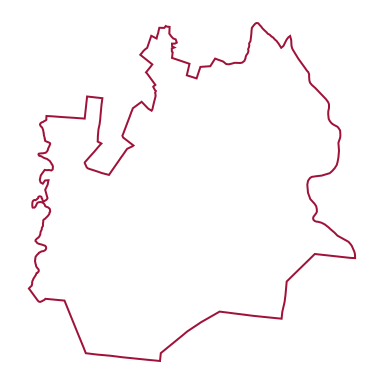 Frontera Hidalgo, Chiapas, Mexico
{"feature_id": "50627088B52793228533805", "entity_name": "Frontera Hidalgo", "entity_type": "district", "adm_level": 2, "iso_a3": "MEX", "parent_name": "Mexico", "parent_adm1": "Chiapas", "projection": "mercator", "projection_center": [-92.233, 14.753], "detail": "fine", "context": "isolated", "style": "outline", "palette": "rose", "viewbox_px": 384, "rotation_deg": 0, "n_neighbors": 0, "source": "geoboundaries", "source_scale": "gbopen_adm2", "svg_char_len": 5712}
<svg xmlns="http://www.w3.org/2000/svg" viewBox="0 0 384 384"><path d="M46.5,116.0L46.3,118.3L46.4,118.9L46.4,119.6L46.1,120.1L45.4,120.5L43.8,121.4L43.1,121.9L41.8,122.4L41.2,122.7L40.4,123.5L40.0,124.3L40.1,124.8L40.4,125.7L40.8,126.1L41.0,126.5L42.0,127.4L42.3,127.9L42.6,128.6L42.8,129.2L43.1,129.8L43.2,130.3L43.3,131.1L43.4,131.8L43.7,132.6L43.6,133.1L43.9,134.1L43.8,134.8L43.9,135.3L44.6,137.6L44.6,138.1L44.7,138.7L45.0,139.0L44.9,139.6L45.1,140.8L45.5,141.1L46.6,141.5L47.0,141.8L47.9,142.1L48.4,142.3L48.8,142.5L49.3,142.7L49.7,142.9L50.0,143.2L50.2,143.6L50.2,144.0L49.9,144.5L49.8,145.0L49.3,146.2L48.8,147.1L48.2,148.5L47.9,149.6L47.5,150.7L47.1,151.3L46.2,152.3L45.7,152.7L45.1,152.9L44.3,153.0L43.6,153.2L40.8,153.4L39.8,153.5L38.8,153.7L38.5,154.1L38.5,154.5L38.8,155.3L39.3,155.8L39.9,155.9L41.3,156.3L41.9,156.6L42.4,156.9L43.5,157.7L43.9,157.8L44.3,158.0L44.9,158.2L45.8,158.6L46.3,158.7L46.7,158.8L47.1,159.0L47.8,159.5L48.4,160.0L49.0,160.4L49.3,160.6L49.7,160.9L50.1,161.4L50.3,161.8L50.6,162.2L51.3,163.2L51.5,163.8L51.8,164.3L52.3,164.7L52.5,165.5L52.9,166.2L52.7,169.4L51.4,170.5L48.9,170.0L46.7,170.2L44.7,169.9L40.8,175.4L39.8,179.8L40.6,182.5L42.8,183.7L45.0,180.5L48.5,180.2L47.6,184.8L45.2,189.8L47.5,198.2L47.4,198.6L46.3,199.9L45.6,200.3L44.2,201.2L43.4,201.2L43.1,200.8L42.8,200.5L42.5,199.9L42.3,199.4L42.2,198.9L42.1,198.6L41.7,198.2L41.4,196.9L41.0,196.6L39.7,196.3L39.1,196.5L38.4,196.9L38.1,198.2L37.5,198.7L36.9,199.1L36.5,199.5L35.6,200.2L34.5,200.0L33.5,200.4L32.9,201.1L32.6,201.8L32.4,202.6L32.3,204.0L32.3,205.5L32.4,206.8L32.7,207.6L33.5,207.6L34.4,207.6L35.1,207.0L35.8,206.0L37.1,203.2L38.1,202.4L39.7,202.1L40.6,202.0L42.2,202.4L43.8,203.4L44.8,204.8L45.0,205.8L45.8,206.5L48.3,207.5L49.0,208.2L49.7,208.8L49.9,209.5L50.2,211.2L50.0,212.0L49.5,212.4L49.4,213.8L48.6,215.0L47.7,216.1L45.2,218.6L44.6,219.1L43.8,219.5L43.2,220.5L43.3,221.6L43.1,222.6L42.9,223.2L43.0,224.4L42.9,225.2L43.0,225.9L42.3,227.0L41.8,228.1L41.8,229.2L41.3,230.5L41.0,231.0L40.6,231.8L40.5,232.7L40.4,233.4L40.3,234.0L40.2,234.6L39.8,235.4L39.5,236.1L39.2,236.8L38.4,237.4L38.0,237.9L37.2,238.4L35.7,239.8L35.5,240.7L35.5,241.1L36.2,241.7L36.7,242.3L37.3,243.1L38.5,243.7L40.2,244.2L41.8,244.6L44.1,245.4L45.2,245.8L46.0,246.8L46.2,248.1L45.8,249.3L45.3,250.1L43.5,251.1L41.6,251.4L40.3,252.0L39.5,252.6L38.8,252.8L38.5,253.6L38.0,253.9L36.8,255.1L36.4,255.8L35.9,256.3L35.6,256.8L35.5,257.6L35.2,258.7L35.3,259.6L35.0,260.5L35.1,261.5L35.5,263.7L35.9,264.7L36.1,266.1L36.9,267.5L38.4,269.2L38.7,270.1L38.8,270.8L38.6,271.5L38.2,272.0L37.5,272.5L37.3,273.0L36.6,273.1L36.2,274.0L35.9,274.8L34.5,277.1L34.1,277.6L33.3,279.0L32.9,280.1L32.5,280.8L32.1,282.6L32.2,283.7L31.9,284.5L31.8,285.6L29.9,287.4L28.9,288.5L37.8,300.6L38.6,301.4L39.1,301.7L40.2,301.9L41.2,301.5L42.5,300.9L42.9,300.6L44.1,300.1L44.9,299.4L45.4,298.8L64.5,300.6L77.3,332.2L83.3,346.8L85.8,353.2L96.4,354.5L111.0,355.8L122.0,357.2L148.6,359.9L160.0,361.0L160.8,353.1L183.1,334.9L187.3,331.4L201.1,322.2L219.6,311.6L253.0,315.8L263.6,316.9L281.6,318.7L282.3,311.9L284.6,301.9L285.5,294.8L286.7,281.5L292.8,275.5L308.7,260.0L314.8,254.0L350.5,257.9L355.1,258.1L355.0,254.8L354.5,252.1L351.8,245.9L350.6,244.2L348.5,241.8L339.7,236.9L337.5,235.7L334.5,232.6L330.4,229.1L328.5,227.3L324.6,224.3L321.4,222.7L318.1,221.8L316.3,221.6L314.6,220.9L313.4,219.7L313.1,218.1L313.6,216.6L316.0,213.5L316.6,212.4L316.9,211.6L316.8,209.2L316.2,206.2L314.5,203.7L310.3,199.1L308.0,192.7L307.3,184.8L307.7,182.5L308.1,180.7L309.9,178.1L311.7,176.9L316.4,176.2L321.7,175.6L329.7,173.2L332.1,171.1L334.7,168.2L336.8,164.9L337.7,161.4L338.4,157.6L339.0,150.6L338.4,142.9L340.2,137.5L340.4,135.1L340.1,130.5L338.6,128.1L337.4,126.7L334.1,125.0L331.7,123.4L329.9,121.2L328.7,118.9L328.2,114.2L328.3,111.1L329.0,108.0L329.0,104.5L328.6,103.2L328.1,102.1L326.0,99.2L315.1,87.8L311.8,84.9L310.1,82.8L309.4,80.6L309.1,76.7L309.1,74.2L308.2,72.0L307.0,70.8L304.1,66.7L298.4,58.8L293.0,50.0L292.1,48.2L291.5,45.9L291.2,40.0L290.1,36.0L288.5,37.2L287.4,38.5L286.3,40.2L284.8,43.2L283.4,46.0L281.2,47.8L278.7,43.8L276.7,41.1L274.9,39.5L273.0,37.4L271.6,36.6L269.8,34.8L267.6,33.6L266.9,32.6L264.1,30.0L262.5,28.4L261.2,26.6L259.9,25.3L258.3,23.3L256.6,23.0L255.5,23.5L254.2,24.8L251.9,27.8L251.5,31.2L251.4,33.4L250.5,41.0L249.1,43.5L249.3,45.4L249.0,47.1L248.1,49.2L248.5,50.9L247.8,53.1L246.4,55.1L245.8,56.4L245.4,58.5L244.4,60.9L242.2,62.6L240.2,63.0L237.7,62.9L234.7,62.8L231.9,63.6L228.9,64.3L226.3,64.1L223.1,61.5L215.1,58.6L210.3,66.2L200.4,66.9L196.6,78.4L186.8,75.3L189.5,63.8L172.0,57.9L172.7,52.3L171.9,51.6L171.8,48.4L174.3,47.5L172.1,46.3L172.0,43.6L175.0,43.6L176.8,42.6L175.7,39.4L173.1,38.4L171.2,36.3L169.3,33.6L169.5,29.8L169.6,26.9L166.8,26.6L165.8,26.0L164.3,27.9L159.3,27.8L158.5,31.2L158.2,33.0L157.3,35.5L156.6,38.5L151.3,35.8L147.2,47.8L145.2,49.3L143.4,51.0L142.1,52.7L140.3,54.8L152.3,64.4L151.0,66.2L146.0,72.4L147.1,73.5L148.1,74.9L155.4,84.9L155.1,85.2L154.0,85.9L153.2,86.8L155.0,90.2L155.9,91.0L155.1,92.9L155.5,94.1L155.5,95.7L155.6,95.8L155.5,96.6L153.8,103.1L152.4,109.3L151.6,110.7L148.3,108.7L147.9,108.3L141.6,101.8L140.8,102.4L132.8,108.3L132.3,109.9L131.3,112.2L129.5,117.2L127.5,122.4L123.4,133.3L122.6,135.2L122.4,135.7L123.1,137.5L133.5,145.5L132.6,146.2L127.2,148.8L126.9,149.1L122.7,155.2L120.8,157.8L118.9,160.6L111.1,171.8L109.0,174.9L101.2,172.9L100.4,172.5L91.6,169.6L90.4,169.3L87.7,168.3L86.7,167.3L84.7,163.0L84.8,162.3L86.7,160.2L90.4,156.0L94.2,151.8L98.6,146.6L101.4,143.5L97.7,141.6L97.9,135.8L98.5,129.2L99.6,124.2L100.2,119.5L100.5,115.7L101.5,104.8L102.4,98.2L87.1,96.5L85.0,115.8L84.7,118.6L73.8,117.8L62.7,117.1L52.0,116.3L46.5,116.0Z" fill="none" stroke="#9f1239" stroke-width="2"/></svg>